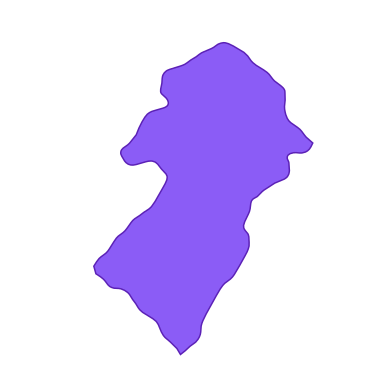 outline of Juan Santiago, La Estrelleta, Dominican Republic, rotated 29°
{"feature_id": "3306468B19325324705004", "entity_name": "Juan Santiago", "entity_type": "district", "adm_level": 2, "iso_a3": "DOM", "parent_name": "Dominican Republic", "parent_adm1": "La Estrelleta", "projection": "orthographic", "projection_center": [-71.601, 18.728], "detail": "fine", "context": "isolated", "style": "filled", "palette": "violet", "viewbox_px": 384, "rotation_deg": 29, "n_neighbors": 0, "source": "geoboundaries", "source_scale": "gbopen_adm2", "svg_char_len": 2828}
<svg xmlns="http://www.w3.org/2000/svg" viewBox="0 0 384 384"><g transform="rotate(29 192 192)"><path d="M260.7,339.7L263.0,334.2L265.0,328.0L268.0,321.5L268.7,317.7L268.7,315.1L268.3,312.5L267.5,310.2L265.0,304.8L264.3,302.0L263.9,299.2L263.5,291.7L263.5,270.6L263.7,263.1L264.2,258.8L264.9,256.0L267.8,249.5L268.6,246.7L269.0,243.7L269.3,233.0L269.3,222.1L269.2,217.5L268.8,214.5L268.1,211.6L266.4,208.4L263.4,203.6L261.9,202.0L261.0,201.4L257.2,199.9L255.4,198.9L254.6,198.2L253.3,196.2L252.5,192.4L252.0,184.0L251.7,181.2L251.0,178.6L248.9,173.4L248.4,171.3L248.4,170.2L248.9,168.2L251.3,164.3L253.2,157.5L254.1,155.3L260.0,144.2L266.6,135.8L267.7,133.5L268.0,132.2L268.0,129.7L267.7,128.4L266.9,126.2L262.7,119.7L262.1,118.9L259.2,116.7L258.7,115.9L258.3,115.1L258.1,114.1L258.2,113.0L259.2,110.9L261.8,108.4L264.0,107.1L267.2,105.7L269.3,104.5L271.9,102.0L273.1,100.0L273.9,97.5L274.1,94.9L273.9,90.6L265.3,88.7L263.0,87.8L258.6,85.8L256.1,84.9L253.3,84.4L244.8,83.5L242.0,82.7L239.6,81.4L236.4,78.8L234.5,76.7L232.8,74.6L231.4,72.3L228.9,66.5L225.4,60.5L224.2,58.6L223.3,57.8L222.3,57.2L221.1,56.7L218.6,56.1L210.3,54.9L207.9,54.1L202.4,51.7L199.7,51.0L195.4,50.5L186.8,50.1L182.6,49.4L180.1,48.6L174.7,46.0L169.7,44.7L157.3,44.3L152.0,44.6L149.4,45.2L148.2,45.6L147.1,46.2L145.2,47.7L143.6,49.5L142.9,50.5L140.8,55.0L139.4,57.2L134.4,63.6L132.8,65.8L131.6,68.2L130.1,71.7L127.1,76.9L125.0,81.5L123.8,83.8L122.2,85.9L120.4,87.9L113.0,95.6L111.4,97.6L110.8,98.7L110.0,101.2L109.9,103.8L110.1,105.0L110.9,107.2L112.9,111.4L114.7,117.1L115.7,119.1L116.4,120.0L117.3,120.6L118.3,121.0L123.7,122.3L125.7,123.2L127.4,124.6L128.0,125.4L128.5,126.4L128.7,127.5L128.6,128.7L127.6,130.8L126.1,132.6L120.6,138.1L117.8,141.0L116.3,143.2L115.2,145.6L114.5,149.5L114.3,155.0L114.6,161.9L115.5,169.0L113.7,179.6L112.9,182.0L110.5,187.0L110.0,189.1L110.0,190.3L110.3,191.4L110.8,192.5L111.5,193.4L113.2,194.7L117.9,197.5L120.1,198.3L122.7,198.6L125.2,198.1L126.5,197.5L127.7,196.8L129.8,195.1L136.8,188.1L138.9,186.2L141.2,184.7L142.4,184.2L145.0,183.7L146.2,183.8L148.6,184.3L153.8,186.6L160.5,188.8L162.4,190.1L163.2,191.2L164.1,193.6L164.5,197.6L164.5,203.3L164.3,218.2L163.7,224.0L163.4,225.4L162.5,227.9L159.7,233.2L157.7,237.8L154.9,243.1L154.0,245.6L153.5,248.4L152.7,255.6L152.2,258.4L151.4,260.9L148.9,266.4L148.2,269.1L147.8,273.3L147.3,281.9L147.0,284.7L146.3,287.4L143.8,292.9L143.0,295.2L142.4,299.1L142.1,304.5L147.6,310.1L153.0,310.5L156.9,311.2L159.2,312.0L163.4,313.9L165.7,314.5L167.0,314.5L168.2,314.4L170.5,313.9L174.6,311.9L176.9,311.1L180.7,310.7L184.6,311.1L187.0,311.9L192.2,314.8L196.9,316.9L201.1,319.3L203.3,320.3L207.2,321.2L219.3,321.8L223.2,322.5L224.4,323.0L226.8,324.3L233.1,329.3L236.6,331.4L239.0,332.3L245.4,333.6L254.7,336.2L260.7,339.7Z" fill="#8b5cf6" stroke="#5b21b6" stroke-width="1.5"/></g></svg>